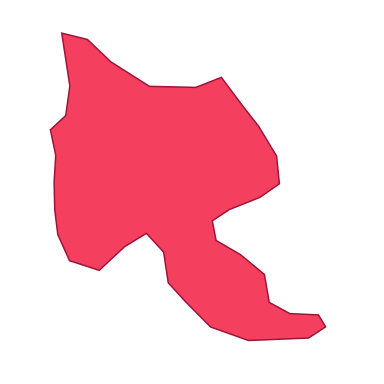 SVG path tracing the border of Mosta, rotated 188°
{"feature_id": "MLT-5927", "entity_name": "Mosta", "entity_type": "state/province", "adm_level": 1, "iso_a3": "MLT", "parent_name": "Malta", "parent_adm1": "", "projection": "mercator", "projection_center": [14.416, 35.91], "detail": "fine", "context": "isolated", "style": "filled", "palette": "rose", "viewbox_px": 384, "rotation_deg": 188, "n_neighbors": 0, "source": "natural_earth", "source_scale": "10m", "svg_char_len": 614}
<svg xmlns="http://www.w3.org/2000/svg" viewBox="0 0 384 384"><g transform="rotate(188 192 192)"><path d="M113.2,239.3L106.6,212.3L124.1,196.1L152.6,179.8L167.9,166.3L161.4,147.4L135.1,136.6L108.8,120.4L100.1,93.4L78.2,85.2L49.7,87.9L40.9,77.1L56.3,63.6L115.4,52.8L154.8,60.9L183.2,82.5L202.9,98.8L211.7,128.5L231.4,144.7L251.1,128.5L273.0,101.5L303.7,106.9L319.0,131.2L325.5,155.5L329.9,182.6L332.1,209.6L340.9,233.9L327.7,250.1L327.7,279.9L343.1,331.2L316.8,328.5L290.5,309.6L248.9,290.7L202.9,296.1L178.9,309.6L154.8,285.3L135.1,266.3L113.2,239.3Z" fill="#f43f5e" stroke="#9f1239" stroke-width="1.5"/></g></svg>